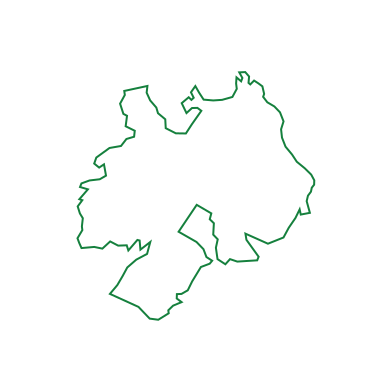 Kasan, Kashkadarya, Uzbekistan (Albers equal-area conic projection), rotated 212°
{"feature_id": "79887680B27619716135754", "entity_name": "Kasan", "entity_type": "district", "adm_level": 2, "iso_a3": "UZB", "parent_name": "Uzbekistan", "parent_adm1": "Kashkadarya", "projection": "albers", "projection_center": [65.779, 39.126], "detail": "fine", "context": "isolated", "style": "outline", "palette": "green", "viewbox_px": 384, "rotation_deg": 212, "n_neighbors": 0, "source": "geoboundaries", "source_scale": "gbopen_adm2", "svg_char_len": 1888}
<svg xmlns="http://www.w3.org/2000/svg" viewBox="0 0 384 384"><g transform="rotate(212 192 192)"><path d="M127.0,276.8L136.7,280.0L144.5,285.8L149.7,292.4L151.8,300.4L159.6,306.2L167.5,308.2L175.7,308.0L182.1,310.4L182.8,313.4L188.3,318.9L193.2,319.3L198.4,319.4L199.6,314.1L201.9,314.5L204.8,320.2L210.4,321.9L215.3,318.5L209.7,315.4L209.0,311.9L215.0,312.8L212.1,307.4L208.7,303.2L208.1,294.0L215.3,286.1L222.5,280.9L231.1,276.5L238.6,280.0L245.3,283.6L245.7,276.0L240.5,272.8L241.3,269.8L245.0,270.6L247.8,261.9L238.5,256.0L236.5,263.2L232.0,266.2L227.1,265.8L228.0,249.4L228.2,238.4L236.8,233.2L248.1,232.2L253.2,239.5L262.6,240.8L267.0,244.7L276.0,247.5L283.1,252.2L286.0,258.3L303.0,241.8L300.4,238.7L299.8,228.8L291.6,221.9L287.5,222.2L283.1,212.6L273.0,213.6L270.4,208.2L275.7,202.2L276.6,193.4L285.3,185.6L291.4,170.5L290.0,164.3L283.7,163.5L281.3,168.8L273.6,160.3L277.0,153.9L285.0,147.5L290.3,140.7L289.6,136.9L281.7,139.1L283.7,126.2L280.7,126.9L281.3,119.2L275.7,114.4L270.7,111.9L267.1,104.4L264.8,101.6L264.6,92.1L260.6,89.0L256.0,85.9L245.8,93.6L238.0,96.5L235.2,106.7L226.2,107.4L219.1,112.2L215.0,108.7L212.9,122.4L210.7,123.1L205.2,115.8L200.9,127.5L197.3,115.7L203.4,105.1L206.9,93.7L206.3,84.2L206.0,73.5L207.6,62.1L176.5,66.2L160.8,62.2L152.9,65.8L147.5,76.8L149.4,79.1L147.8,85.6L142.5,93.1L148.5,93.6L150.7,97.4L146.9,100.0L143.5,106.4L144.5,116.3L144.7,133.1L139.0,140.6L138.5,144.4L145.3,144.5L152.0,149.6L161.7,152.0L182.3,151.2L181.2,183.6L164.3,184.1L162.5,178.3L156.9,177.1L151.4,167.1L145.1,165.5L142.2,157.4L134.8,148.6L125.4,148.4L124.2,155.2L116.7,157.0L100.5,168.6L101.2,172.4L120.5,180.3L124.6,185.0L100.2,188.4L90.3,201.9L91.0,213.0L90.5,224.8L91.5,234.3L87.8,230.5L81.0,236.8L89.9,245.0L91.7,250.3L91.3,255.3L92.7,259.1L92.3,262.9L94.5,266.7L100.1,269.9L109.1,271.9L119.2,273.2L127.0,276.8Z" fill="none" stroke="#15803d" stroke-width="2"/></g></svg>